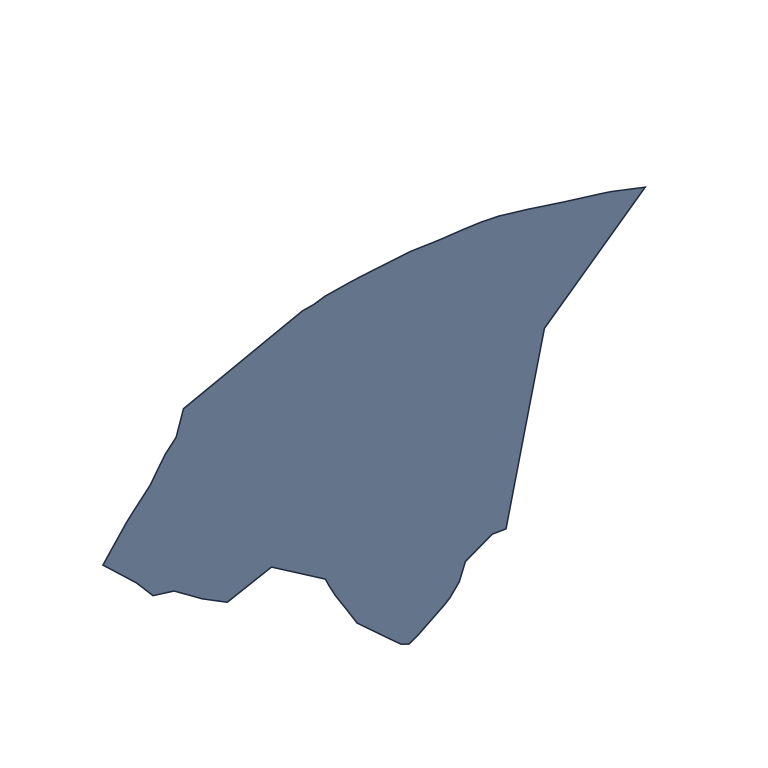 outline of Dordieb, Red Sea, Sudan, rotated 116°
{"feature_id": "16777658B19100050508345", "entity_name": "Dordieb", "entity_type": "district", "adm_level": 2, "iso_a3": "SDN", "parent_name": "Sudan", "parent_adm1": "Red Sea", "projection": "orthographic", "projection_center": [35.963, 17.512], "detail": "fine", "context": "isolated", "style": "filled", "palette": "slate", "viewbox_px": 768, "rotation_deg": 116, "n_neighbors": 0, "source": "geoboundaries", "source_scale": "gbopen_adm2", "svg_char_len": 900}
<svg xmlns="http://www.w3.org/2000/svg" viewBox="0 0 768 768"><g transform="rotate(116 384 384)"><path d="M353.7,489.2L396.0,508.6L419.2,519.2L494.1,553.4L522.9,547.5L542.9,549.8L560.7,549.9L577.2,549.8L591.8,551.5L604.8,553.0L608.1,553.4L621.7,554.8L624.2,555.0L625.9,555.0L646.7,556.1L658.6,556.7L670.0,557.2L671.3,519.3L675.5,498.8L662.2,482.1L659.0,465.4L656.8,453.2L648.9,429.2L597.9,404.9L585.1,351.1L589.5,344.8L595.5,335.0L603.1,318.8L610.7,303.4L610.6,267.2L610.4,254.6L606.8,247.5L594.4,243.2L575.4,238.1L556.7,233.0L547.2,231.0L528.8,229.6L507.8,233.0L471.6,220.9L460.7,210.8L351.4,240.5L317.4,249.7L263.6,264.2L92.5,235.5L93.9,237.5L96.9,242.1L111.6,264.4L118.5,273.3L143.1,304.2L163.4,330.7L182.7,354.4L195.9,367.7L209.5,379.8L230.6,397.8L253.2,418.3L287.0,444.0L298.3,452.5L307.9,459.5L331.1,475.6L343.2,481.9L353.7,489.2Z" fill="#64748b" stroke="#1e293b" stroke-width="1.5"/></g></svg>